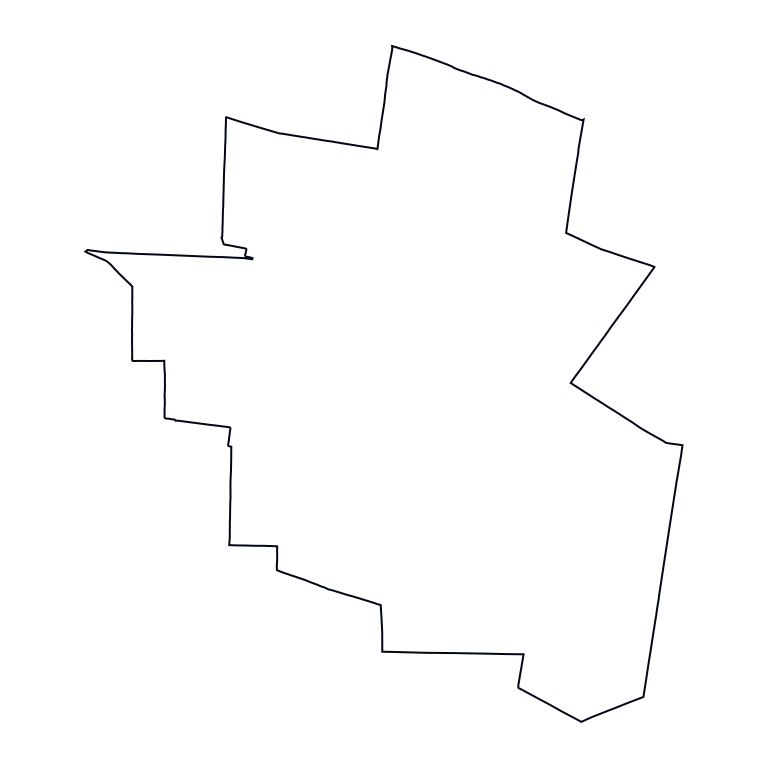 Darvari, Mehedinti, Romania (Equal Earth projection)
{"feature_id": "2599482B46217743952621", "entity_name": "Darvari", "entity_type": "district", "adm_level": 2, "iso_a3": "ROU", "parent_name": "Romania", "parent_adm1": "Mehedinti", "projection": "equal_earth", "projection_center": [23.05, 44.199], "detail": "fine", "context": "isolated", "style": "outline", "palette": "ink", "viewbox_px": 768, "rotation_deg": 0, "n_neighbors": 0, "source": "geoboundaries", "source_scale": "gbopen_adm2", "svg_char_len": 6028}
<svg xmlns="http://www.w3.org/2000/svg" viewBox="0 0 768 768"><path d="M643.4,696.9L643.5,696.6L643.6,696.1L643.8,694.4L645.6,683.1L648.2,665.8L649.2,659.5L650.7,650.2L651.3,646.1L652.1,641.2L653.3,633.2L654.1,628.6L654.7,624.5L655.6,618.8L656.3,614.7L656.7,611.3L657.9,603.7L658.7,599.4L659.0,596.1L659.4,593.4L668.4,534.4L676.5,482.3L681.1,455.4L682.5,445.2L676.2,444.3L673.2,444.0L666.4,442.9L665.9,442.8L665.4,442.4L663.4,441.1L660.3,439.3L648.6,432.8L645.3,430.9L639.8,427.6L632.7,422.6L625.5,418.1L618.5,413.5L613.6,410.4L610.3,408.4L599.7,401.6L593.9,398.0L589.5,395.1L570.7,383.0L574.1,378.1L576.2,375.2L579.4,371.0L582.8,366.3L585.8,362.1L590.9,355.0L593.6,351.2L597.9,345.5L600.8,341.2L603.8,337.3L607.3,332.4L610.4,327.9L612.0,325.6L615.0,321.6L618.7,316.5L626.6,305.9L633.6,296.0L644.7,280.7L650.2,273.0L652.2,270.3L654.4,267.0L653.0,266.3L649.0,264.9L629.7,258.7L616.4,254.3L611.9,252.7L605.4,250.6L601.6,249.4L600.7,249.0L594.7,246.3L576.5,237.7L566.1,232.9L568.0,219.3L571.7,193.8L576.5,163.2L578.2,153.2L578.5,149.1L578.7,147.8L579.0,146.0L583.6,119.5L582.9,119.9L582.4,120.1L581.7,120.1L581.1,120.0L572.9,116.7L568.2,114.8L565.1,113.5L559.0,110.5L554.6,108.7L550.8,107.1L542.1,103.9L540.9,103.5L540.1,103.2L538.6,102.6L534.2,100.6L531.3,99.2L530.5,98.6L524.0,95.0L520.1,92.6L518.1,91.6L514.7,90.1L512.0,88.8L509.4,87.6L507.3,86.7L504.1,85.5L499.8,83.5L499.2,83.3L497.9,83.1L490.6,80.3L488.4,79.7L483.3,77.9L481.6,77.5L480.2,77.1L478.9,76.5L477.1,75.9L474.8,75.3L472.6,74.8L469.1,73.4L465.4,72.0L462.9,71.1L460.1,70.3L458.0,69.5L453.9,67.8L452.3,66.7L447.2,64.5L444.1,63.4L442.5,62.8L438.1,61.1L426.1,56.7L421.8,55.3L415.6,53.1L411.2,51.7L408.4,50.8L405.9,50.1L399.4,48.3L393.2,46.3L392.1,46.1L392.4,47.0L392.0,50.6L391.8,51.8L390.0,61.3L389.4,64.7L389.2,66.0L388.8,67.7L388.2,71.3L387.8,73.5L387.4,74.3L387.4,76.1L387.2,77.6L387.0,79.2L386.8,79.4L387.0,79.8L386.7,81.2L386.5,82.3L386.6,83.3L386.5,84.8L386.3,86.5L385.2,94.1L385.0,95.8L384.5,101.9L381.3,122.3L380.5,128.7L379.1,136.3L378.8,138.7L377.9,145.7L377.5,148.6L377.4,149.1L376.3,148.7L374.5,148.5L373.6,148.2L371.8,148.0L367.6,147.3L364.8,146.9L362.5,146.5L361.5,146.4L360.5,146.2L356.8,145.7L355.0,145.3L343.4,143.5L338.9,142.7L336.6,142.4L331.9,141.5L326.8,140.9L325.2,140.6L323.7,140.4L320.1,139.8L318.5,139.5L312.6,138.6L308.9,138.0L307.5,137.7L302.7,137.0L301.0,136.7L299.9,136.6L298.8,136.4L297.0,136.1L289.9,135.0L288.6,134.7L282.3,133.7L280.1,133.5L278.9,133.3L278.3,133.1L271.1,131.0L269.9,130.6L268.8,130.3L263.6,128.8L262.1,128.3L255.9,126.5L254.7,126.1L240.8,121.9L226.3,117.2L226.0,117.3L225.9,124.2L225.7,127.5L225.5,138.9L225.1,147.6L224.8,157.9L224.1,171.0L223.3,202.1L223.3,204.4L223.2,206.4L222.9,211.8L222.7,222.3L222.4,229.4L222.5,230.7L222.4,232.0L222.2,236.4L222.1,237.0L221.6,237.7L221.5,237.9L221.5,238.2L221.6,238.4L221.9,238.8L222.3,239.8L222.5,240.7L222.9,241.6L223.6,243.9L223.7,244.2L224.1,244.5L227.4,245.0L245.5,248.5L246.0,248.8L246.3,249.1L246.3,250.0L245.8,252.3L245.1,255.0L245.1,255.3L245.2,255.7L245.5,256.2L245.9,256.6L246.4,256.8L249.1,257.1L249.8,257.3L252.6,258.2L252.2,259.2L243.6,258.1L239.3,257.9L232.8,257.6L222.7,257.1L208.5,256.7L158.9,254.6L138.1,253.9L127.1,253.3L120.1,253.1L106.3,252.4L104.0,252.2L90.3,250.4L88.4,250.1L87.7,250.0L87.4,250.1L86.7,250.7L85.5,251.6L86.2,251.9L87.6,252.8L88.3,253.2L93.7,255.4L99.7,258.1L105.5,260.5L106.3,261.0L107.4,261.7L109.5,263.5L110.6,264.5L113.0,267.0L114.1,268.4L115.1,269.3L118.7,273.2L123.7,278.1L124.7,279.0L126.9,281.2L127.9,282.2L128.9,283.0L129.7,283.8L132.3,286.6L132.3,293.1L132.3,297.3L132.3,299.1L132.2,301.6L132.2,303.2L132.3,305.0L132.3,305.7L132.3,310.3L132.3,311.9L132.3,314.6L132.2,315.5L132.1,324.0L132.1,325.6L132.0,329.6L132.0,331.5L132.1,332.7L132.1,338.2L132.0,340.0L132.2,353.5L132.1,357.3L132.1,359.4L132.2,360.1L132.5,360.4L133.1,360.7L133.1,361.0L144.3,360.9L147.3,361.0L151.1,361.0L154.6,360.9L159.5,361.0L164.2,360.8L164.3,362.9L164.4,366.5L164.6,371.2L164.9,373.3L164.9,374.7L164.9,380.2L164.9,381.5L164.9,383.3L164.9,384.6L165.0,386.3L164.8,390.7L164.9,391.6L164.7,392.5L164.6,396.3L164.8,398.9L164.8,399.9L164.8,402.9L164.9,403.8L164.6,408.1L164.6,413.9L164.5,415.4L164.5,416.8L164.6,417.4L164.9,417.9L165.2,418.2L166.0,418.5L167.0,418.7L168.7,418.7L170.9,419.1L172.8,419.4L174.1,419.5L174.7,419.6L174.9,419.9L175.3,420.6L176.2,420.7L177.6,420.7L178.4,420.7L191.0,422.4L195.1,422.9L209.5,424.8L218.3,425.8L220.7,426.2L225.4,426.7L229.4,427.3L230.0,427.5L230.2,427.8L230.4,428.1L230.4,428.5L230.3,428.9L230.1,430.9L229.8,432.3L229.4,436.0L229.3,436.7L229.1,437.9L229.0,438.6L229.1,439.2L229.0,439.9L228.7,441.2L228.5,442.8L228.2,444.2L228.2,445.1L228.3,445.8L228.8,446.1L231.3,446.8L231.2,454.3L231.2,456.6L231.2,458.2L231.2,460.4L231.1,463.0L231.1,464.7L231.1,466.0L231.0,468.3L231.0,470.6L230.9,472.9L230.5,480.6L230.5,484.1L230.4,487.9L230.5,488.8L230.5,496.6L230.5,499.4L230.3,501.6L230.1,512.1L230.1,515.3L230.0,519.7L229.8,522.5L229.9,526.6L229.8,530.8L229.8,534.3L229.7,539.3L229.2,544.6L229.2,545.1L229.4,545.1L236.2,545.4L244.8,545.5L255.8,545.8L264.2,545.8L267.1,546.0L269.5,546.0L272.1,546.1L277.1,546.3L277.2,546.9L277.2,547.8L277.1,549.4L277.2,558.2L277.1,561.9L276.9,563.9L276.8,566.6L276.9,568.5L276.9,570.0L279.6,571.3L285.7,573.5L305.9,580.3L310.9,582.4L317.4,584.8L321.0,586.4L323.5,587.1L325.6,588.0L328.1,589.2L328.5,589.4L331.1,590.0L335.5,591.2L336.5,591.6L349.9,595.7L351.1,595.9L369.5,601.5L379.4,604.7L380.7,605.0L380.9,608.2L381.3,615.0L381.5,617.1L381.6,620.9L381.8,623.7L382.2,631.8L382.3,651.7L395.1,652.0L425.0,652.8L455.4,653.1L488.2,653.7L506.5,654.1L523.6,654.3L521.5,666.5L521.3,668.1L520.9,670.3L520.3,673.6L520.0,675.2L519.8,676.6L519.5,678.1L519.5,678.6L519.3,679.8L519.0,681.2L518.9,681.8L518.3,685.7L518.3,686.7L518.3,687.1L518.5,687.6L518.8,688.2L521.1,689.3L530.9,694.6L544.7,702.0L550.2,704.9L561.1,711.1L577.0,719.5L580.9,721.6L581.3,721.9L585.3,720.1L586.9,719.3L592.4,716.9L608.1,710.7L616.9,707.3L626.6,703.4L642.5,697.3L643.4,696.9Z" fill="none" stroke="#020617" stroke-width="2"/></svg>